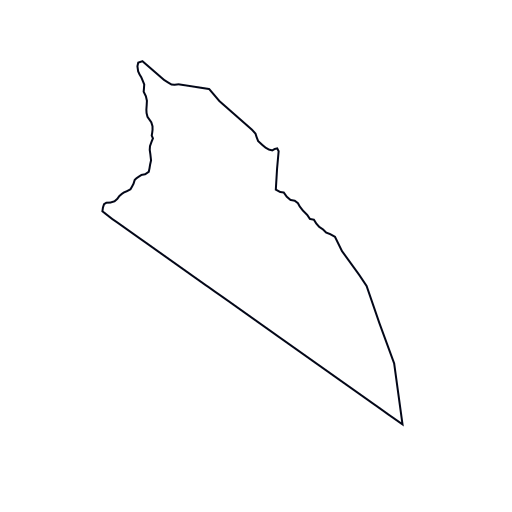 Biritinga, Bahia, Brazil, rotated 139°
{"feature_id": "56859067B78935603174134", "entity_name": "Biritinga", "entity_type": "district", "adm_level": 2, "iso_a3": "BRA", "parent_name": "Brazil", "parent_adm1": "Bahia", "projection": "equal_earth", "projection_center": [-38.796, -11.57], "detail": "fine", "context": "isolated", "style": "outline", "palette": "ink", "viewbox_px": 512, "rotation_deg": 139, "n_neighbors": 0, "source": "geoboundaries", "source_scale": "gbopen_adm2", "svg_char_len": 1445}
<svg xmlns="http://www.w3.org/2000/svg" viewBox="0 0 512 512"><g transform="rotate(139 256 256)"><path d="M342.6,390.5L340.2,378.1L338.8,372.8L332.3,346.0L331.2,341.6L313.1,267.0L312.3,264.1L310.4,256.1L309.5,252.6L307.5,244.6L291.9,180.2L273.9,106.4L264.8,69.1L262.1,58.1L260.1,49.6L255.9,32.8L222.2,84.3L206.8,124.7L192.2,160.8L190.5,174.1L187.9,203.3L183.8,218.7L185.7,223.9L187.7,227.7L188.0,232.1L189.2,236.6L189.2,241.0L188.5,245.4L191.0,248.6L190.4,253.3L190.8,259.6L190.5,264.7L189.7,268.4L190.5,272.3L193.2,275.7L193.9,280.6L193.4,285.7L195.8,288.5L197.5,293.1L182.9,308.0L170.2,320.2L169.4,323.3L171.7,324.5L174.4,325.0L176.4,327.8L177.7,331.5L178.4,335.8L179.0,341.3L177.6,345.2L176.1,348.7L176.2,353.9L182.0,396.8L181.8,412.7L201.8,436.4L205.2,438.7L207.3,440.9L208.6,444.9L209.9,449.3L213.9,477.5L218.0,479.2L221.0,477.0L223.8,472.7L224.8,469.3L225.3,466.2L226.5,462.6L227.8,458.8L230.8,455.8L233.0,453.7L234.3,448.8L236.5,444.7L239.8,441.3L242.7,438.4L244.8,435.7L246.6,432.2L247.3,425.6L249.0,421.8L251.3,419.1L253.5,417.1L255.7,415.3L256.6,412.4L259.6,410.9L263.9,408.5L266.6,405.8L268.9,402.2L272.5,397.0L275.9,394.5L278.9,392.0L281.7,389.9L286.0,390.4L289.2,392.3L292.6,392.8L295.3,393.1L297.6,393.0L301.0,390.9L304.1,389.7L307.0,388.7L310.9,389.6L313.9,390.6L316.5,390.9L319.9,390.9L323.2,390.1L326.9,390.1L330.9,391.9L334.0,394.4L336.7,394.8L339.7,393.0L342.6,390.5Z" fill="none" stroke="#020617" stroke-width="2"/></g></svg>